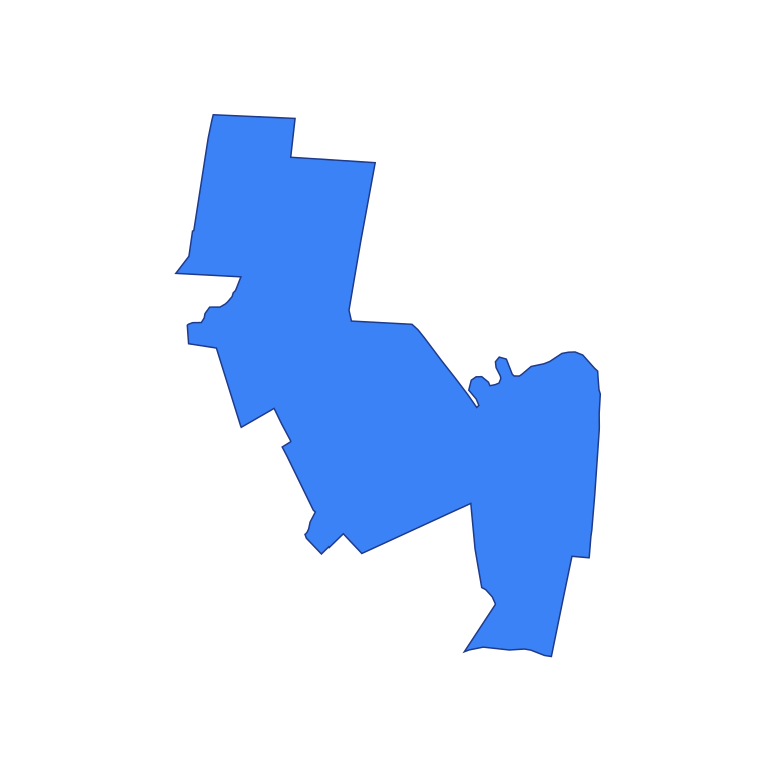 Nenciulesti, Teleorman, Romania, rotated 136°
{"feature_id": "2599482B65511789947174", "entity_name": "Nenciulesti", "entity_type": "district", "adm_level": 2, "iso_a3": "ROU", "parent_name": "Romania", "parent_adm1": "Teleorman", "projection": "robinson", "projection_center": [25.186, 44.017], "detail": "fine", "context": "isolated", "style": "filled", "palette": "blue", "viewbox_px": 768, "rotation_deg": 136, "n_neighbors": 0, "source": "geoboundaries", "source_scale": "gbopen_adm2", "svg_char_len": 1751}
<svg xmlns="http://www.w3.org/2000/svg" viewBox="0 0 768 768"><g transform="rotate(136 384 384)"><path d="M545.3,330.7L547.0,327.0L547.1,305.2L536.9,305.3L537.1,304.4L517.3,304.5L517.5,293.4L517.6,281.1L517.7,277.5L481.5,264.8L428.9,246.4L404.5,237.8L410.2,230.7L433.0,202.2L441.8,189.3L455.1,169.7L453.7,165.5L454.0,155.7L455.3,152.1L456.6,148.5L457.6,147.9L460.3,147.3L512.2,135.6L507.4,133.5L495.4,125.8L478.6,105.6L467.1,95.8L463.2,90.5L457.1,77.2L452.9,71.7L403.1,105.9L368.5,129.5L357.2,116.5L356.4,117.1L341.2,130.5L335.8,134.7L332.2,137.9L309.7,157.6L260.9,201.6L258.7,203.8L249.8,213.2L235.4,226.5L233.3,230.6L225.0,240.6L221.4,244.8L221.6,249.3L220.9,266.8L224.3,274.3L229.3,278.8L234.8,282.4L249.3,285.1L255.0,287.5L266.0,294.4L278.1,295.2L281.1,295.7L284.9,299.5L284.9,302.1L278.7,316.9L282.4,323.3L288.4,322.6L292.0,317.9L294.7,309.1L296.2,306.7L300.6,304.8L304.5,306.3L309.0,309.2L307.6,312.8L308.1,317.1L308.6,321.4L312.8,325.2L318.6,326.1L327.3,320.7L328.1,309.1L330.6,302.7L333.6,302.7L331.2,317.6L328.8,337.5L326.3,361.4L322.9,388.8L321.9,399.5L322.4,407.5L363.7,451.9L357.9,461.4L329.4,482.4L300.9,503.3L277.1,520.3L236.6,549.3L293.6,611.9L263.5,636.8L319.8,696.3L325.5,692.7L339.8,682.9L352.1,673.6L405.1,633.4L414.2,626.5L415.5,627.0L435.6,611.4L456.9,608.2L412.5,560.5L421.8,556.2L425.9,554.4L429.2,554.3L432.5,552.4L439.6,551.7L442.7,551.8L448.6,553.3L456.0,560.4L463.8,559.0L467.5,556.4L472.7,555.1L479.1,561.1L483.4,562.9L484.7,562.9L496.6,548.7L479.6,526.3L516.2,453.5L516.8,452.0L496.4,446.9L480.0,442.8L485.4,426.3L490.7,407.8L491.2,407.3L501.0,409.4L504.0,399.2L509.1,383.5L522.5,342.4L522.3,339.6L533.1,336.0L538.7,332.2L542.2,330.8L544.9,330.5L545.3,330.7Z" fill="#3b82f6" stroke="#1e3a8a" stroke-width="1.5"/></g></svg>